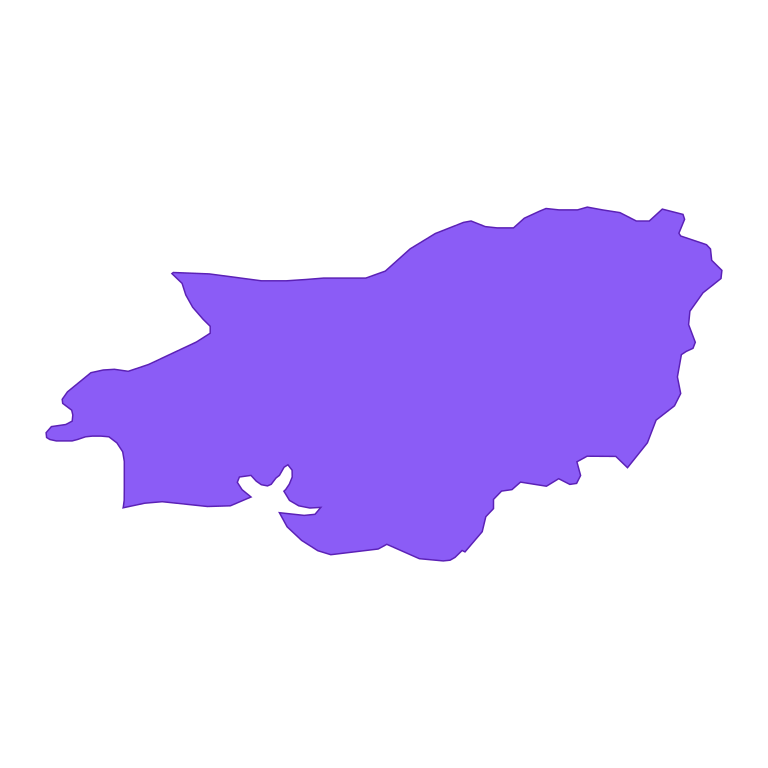 map outline of Carmarthenshire (Natural Earth projection)
{"feature_id": "GBR-2104", "entity_name": "Carmarthenshire", "entity_type": "Unitary Authority (wales)", "adm_level": 1, "iso_a3": "GBR", "parent_name": "United Kingdom", "parent_adm1": "", "projection": "natural_earth1", "projection_center": [-4.236, 51.894], "detail": "fine", "context": "isolated", "style": "filled", "palette": "violet", "viewbox_px": 768, "rotation_deg": 0, "n_neighbors": 0, "source": "natural_earth", "source_scale": "10m", "svg_char_len": 1890}
<svg xmlns="http://www.w3.org/2000/svg" viewBox="0 0 768 768"><path d="M465.0,551.9L462.1,550.5L455.0,557.4L450.1,560.2L443.2,560.9L419.4,558.7L386.8,544.3L378.2,549.0L330.8,554.7L317.8,550.7L301.6,540.4L287.1,526.8L279.4,512.7L304.2,515.4L315.0,514.3L320.8,507.4L309.8,508.0L298.7,505.8L289.5,500.4L283.9,491.2L285.7,489.5L289.3,484.2L292.2,477.1L292.1,470.2L287.9,464.8L284.1,467.2L279.4,475.4L276.0,478.0L271.2,484.3L267.5,485.9L261.3,484.7L256.2,481.1L251.0,475.4L239.4,477.0L237.3,482.3L242.1,489.7L251.0,497.0L230.4,505.8L207.5,506.5L162.2,501.7L144.7,503.2L123.1,507.8L123.3,507.0L124.2,500.2L124.3,487.3L124.3,472.9L124.3,461.4L122.7,451.8L116.9,442.9L108.9,436.8L100.9,436.1L92.4,436.1L85.5,436.8L77.5,439.5L72.2,440.9L64.2,440.9L56.2,440.9L49.8,439.5L46.6,437.5L46.1,432.7L51.4,426.6L65.8,424.5L72.2,421.1L72.8,415.0L71.7,410.2L62.7,403.4L62.2,399.3L67.5,391.8L90.9,372.7L103.2,370.0L114.4,369.3L128.2,371.3L148.5,364.5L196.4,342.0L210.2,333.2L210.2,326.3L203.3,319.5L192.7,307.3L185.8,295.0L182.1,283.4L171.9,273.6L173.3,272.5L209.2,273.9L261.4,280.8L286.4,280.8L305.9,279.5L323.3,278.1L344.0,278.1L365.7,278.1L385.3,271.1L410.2,248.8L435.3,233.5L463.5,222.4L471.1,221.0L485.2,226.6L497.2,227.9L513.5,227.9L524.3,218.2L539.5,211.2L546.0,208.5L559.1,209.9L566.7,209.9L577.5,209.9L587.3,207.1L602.5,209.9L619.9,212.6L636.3,221.0L649.3,221.0L662.3,209.1L683.0,214.4L684.6,219.3L678.9,233.2L680.7,236.0L706.5,244.7L710.5,249.0L711.7,260.3L721.9,270.4L721.0,278.5L703.0,292.8L689.9,311.2L688.6,324.6L695.3,342.3L693.0,348.3L686.3,351.4L681.4,354.6L677.4,376.9L680.7,393.5L674.5,405.8L656.1,420.1L647.4,442.8L627.5,467.7L615.8,456.4L587.1,456.2L576.9,461.8L580.6,475.5L576.6,483.4L569.8,484.4L558.7,478.7L547.6,485.5L546.4,486.2L520.5,482.1L512.0,489.6L501.5,491.1L493.5,499.4L493.5,508.6L485.8,516.7L482.2,531.7L465.0,551.9Z" fill="#8b5cf6" stroke="#5b21b6" stroke-width="1.5"/></svg>